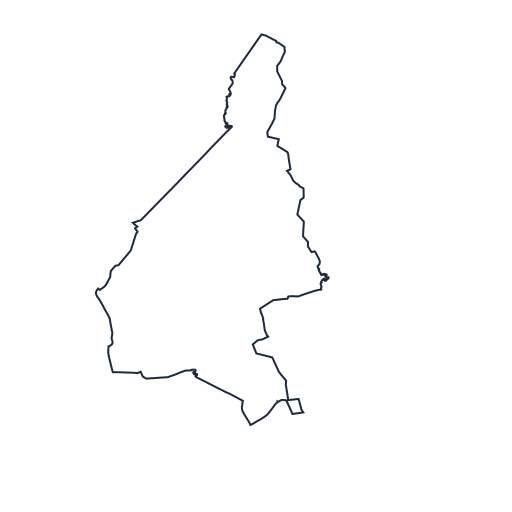 outline of Augstkalnes pag., Tervetes, Latvia, rotated 129°
{"feature_id": "27541924B87750651157185", "entity_name": "Augstkalnes pag.", "entity_type": "district", "adm_level": 2, "iso_a3": "LVA", "parent_name": "Latvia", "parent_adm1": "Tervetes", "projection": "mercator", "projection_center": [23.356, 56.418], "detail": "fine", "context": "isolated", "style": "outline", "palette": "slate", "viewbox_px": 512, "rotation_deg": 129, "n_neighbors": 0, "source": "geoboundaries", "source_scale": "gbopen_adm2", "svg_char_len": 5971}
<svg xmlns="http://www.w3.org/2000/svg" viewBox="0 0 512 512"><g transform="rotate(129 256 256)"><path d="M390.8,154.0L387.7,152.6L383.7,151.2L380.4,149.8L375.5,148.2L373.2,147.6L371.5,147.4L369.5,147.3L361.4,147.6L359.5,147.8L356.3,147.3L355.6,147.8L355.6,147.3L355.4,147.0L355.2,146.9L352.9,146.1L351.9,145.6L351.4,145.1L350.2,143.4L349.1,141.6L355.8,128.2L347.8,120.8L346.8,124.0L340.5,132.6L340.5,132.8L340.4,133.0L347.7,140.3L345.2,143.0L337.1,152.0L334.0,154.1L333.9,154.3L332.4,161.9L331.6,165.4L325.8,177.0L324.6,179.6L331.5,194.4L326.7,202.9L326.2,202.7L320.9,201.8L319.0,200.6L317.5,199.0L316.7,198.5L311.0,195.8L310.9,196.1L311.0,196.6L310.6,197.8L308.3,202.3L304.0,206.9L300.7,210.8L300.1,210.9L299.9,211.1L299.2,212.4L296.9,216.2L297.0,216.3L295.8,218.0L294.4,219.7L279.4,214.8L279.1,214.5L274.5,209.8L274.4,209.9L269.5,204.7L269.0,204.7L268.4,205.0L267.2,205.4L265.0,203.3L260.9,197.8L253.2,193.1L245.3,187.9L242.0,185.2L241.5,184.4L241.2,184.2L240.9,184.2L240.7,184.7L240.5,185.0L240.1,185.3L238.7,185.7L238.3,186.1L238.2,186.6L237.1,188.1L236.7,188.5L235.8,188.8L235.7,188.3L235.4,188.2L235.1,188.5L234.6,189.2L233.2,189.4L233.0,189.5L232.2,189.2L231.2,189.1L231.0,188.9L231.6,188.4L231.9,188.1L232.0,187.9L231.9,187.8L231.7,187.7L231.5,187.8L231.3,188.1L231.2,188.1L231.5,187.7L231.8,186.8L231.6,186.4L231.2,186.2L230.7,186.0L230.4,186.1L230.4,186.6L230.3,187.0L230.2,187.1L229.8,186.6L229.3,186.5L229.2,186.0L229.0,185.8L228.6,185.7L227.9,185.7L227.4,185.8L227.1,186.0L226.9,186.2L227.0,186.4L227.2,186.7L228.3,187.2L228.5,187.5L228.5,187.8L228.0,189.5L227.9,189.6L227.8,189.2L227.7,189.0L226.7,188.9L226.1,189.2L226.0,189.6L226.0,189.8L226.2,190.3L226.3,190.4L227.0,190.6L227.7,190.5L227.9,190.6L227.9,190.8L227.5,191.3L227.1,191.3L226.9,191.7L227.0,191.8L228.4,192.5L228.5,192.9L229.0,192.7L229.3,192.8L229.5,192.9L229.6,193.5L229.5,194.0L229.1,194.3L228.8,195.2L228.5,195.5L228.6,196.1L228.2,196.5L228.1,196.8L228.1,197.2L227.8,197.5L227.6,198.4L227.4,198.5L227.1,198.4L226.7,198.4L226.4,198.6L226.3,198.8L226.4,199.2L226.4,199.7L225.8,200.6L225.7,200.8L225.6,201.5L224.9,201.7L222.3,201.6L220.2,202.8L220.0,203.0L218.6,205.3L215.9,211.8L215.8,212.1L215.6,212.5L215.5,212.9L215.6,213.5L218.0,215.2L218.0,215.4L216.0,221.4L215.8,221.7L212.6,224.2L212.4,224.4L211.1,231.8L206.9,234.9L199.5,240.2L199.2,240.5L199.0,241.5L197.9,249.3L197.8,249.8L197.5,250.1L184.5,256.7L181.2,255.8L180.8,255.8L180.2,256.0L173.7,261.5L173.6,262.0L173.7,262.5L174.4,265.8L173.9,267.7L174.3,270.5L174.1,274.1L174.0,274.5L171.5,279.9L170.7,283.5L170.5,284.3L170.3,285.5L166.9,283.8L160.8,290.7L156.5,295.2L155.5,297.0L157.0,308.7L150.9,311.8L155.8,321.9L152.6,325.2L143.4,326.8L137.6,328.1L135.8,329.4L131.2,332.6L126.3,335.2L122.9,335.8L120.8,335.8L117.7,336.3L107.0,338.7L106.6,340.0L106.2,343.5L103.6,346.0L99.2,355.7L94.9,359.2L89.5,359.3L85.3,360.5L79.3,362.1L78.9,362.2L76.7,364.6L76.1,364.9L75.6,365.5L76.2,372.8L77.1,374.6L76.2,375.5L78.5,386.8L78.6,387.2L80.3,391.2L127.6,387.8L127.6,387.5L127.7,387.2L128.1,387.2L128.2,386.6L128.3,386.5L129.5,385.9L131.0,385.6L131.3,385.9L131.4,386.8L131.6,386.9L131.9,387.7L132.6,388.1L133.2,388.1L133.5,387.9L134.3,386.6L134.5,386.2L134.3,385.4L134.4,384.8L136.2,382.9L137.6,382.6L139.1,382.6L141.2,382.4L143.1,382.4L143.4,382.2L143.6,381.8L143.9,380.6L144.3,380.0L144.7,379.1L145.3,378.3L145.5,377.9L145.8,377.7L146.3,377.5L146.5,377.6L146.5,378.1L146.5,378.4L146.8,378.6L147.1,378.7L147.4,378.2L147.3,377.9L147.1,377.5L147.1,377.3L147.3,377.1L148.8,377.4L149.7,378.3L150.2,379.0L150.5,379.1L151.0,379.0L151.2,378.8L151.8,377.7L152.1,377.4L152.5,377.2L153.3,377.2L153.6,377.0L153.9,376.6L154.3,376.3L154.6,375.1L155.3,374.9L156.0,374.3L156.4,374.3L156.6,374.2L156.9,373.2L157.6,373.0L157.6,372.9L157.4,372.5L157.8,372.0L158.1,372.0L158.6,372.5L158.8,372.5L158.9,372.4L158.9,372.2L158.6,371.9L158.8,371.7L159.7,372.0L160.5,371.5L161.6,371.6L162.0,371.4L163.6,370.3L164.1,369.3L164.2,369.2L164.6,369.2L164.8,369.7L164.9,369.8L165.2,369.7L165.9,369.2L166.2,369.2L166.8,369.4L167.2,369.3L169.7,366.4L170.6,365.8L170.8,365.3L170.9,364.4L171.1,363.9L171.7,363.6L172.0,363.1L172.2,362.0L172.2,361.8L172.0,361.7L171.6,362.0L171.2,362.1L170.9,361.8L171.8,361.1L172.2,360.5L172.7,360.5L173.9,360.9L174.5,361.5L174.8,361.3L174.7,360.3L174.9,359.5L174.9,359.3L174.7,359.2L174.2,359.3L173.5,359.0L173.4,358.7L173.5,358.1L173.3,357.8L173.1,357.9L172.7,358.5L172.3,358.9L172.0,359.1L171.8,359.0L171.3,358.1L170.6,357.3L170.4,356.9L170.4,356.4L170.7,356.1L173.4,356.3L177.5,356.9L201.4,359.1L206.9,359.4L246.7,363.0L246.8,362.9L265.2,364.7L300.5,368.0L306.8,372.0L307.6,372.6L307.9,369.0L307.8,366.7L310.6,367.4L310.8,367.3L311.5,363.8L311.6,363.4L311.9,363.2L312.3,363.1L313.8,363.3L314.2,363.2L330.5,356.8L349.7,357.1L352.0,359.1L352.4,359.2L358.8,359.4L359.0,359.4L361.3,358.0L364.1,356.1L369.9,355.0L370.0,354.8L372.9,354.5L375.1,354.5L380.6,356.0L380.6,358.2L383.3,358.1L385.7,357.1L387.3,354.4L387.8,352.9L388.1,351.4L389.3,348.0L390.9,343.9L392.5,340.3L394.9,334.1L396.4,330.7L402.9,323.2L406.2,319.2L408.4,317.8L410.6,316.7L412.9,313.7L413.8,312.7L415.3,312.4L419.4,313.4L419.4,313.5L423.8,310.3L426.7,307.1L434.7,296.6L436.4,294.2L432.8,289.6L424.1,278.1L422.0,275.1L421.9,274.5L418.6,272.9L420.9,268.1L420.4,264.5L420.3,264.1L418.1,261.7L406.6,249.3L406.5,249.0L406.0,248.5L398.0,243.6L393.8,241.4L389.3,238.6L385.7,234.4L385.2,234.2L384.9,234.4L384.0,233.5L383.5,232.7L382.8,232.1L382.7,231.6L382.9,231.1L383.0,230.8L383.6,230.5L384.7,230.3L385.3,229.8L385.7,229.9L385.7,230.0L385.5,231.2L385.5,231.5L386.0,231.5L386.6,230.6L386.8,230.0L386.8,229.8L386.5,229.6L386.3,229.3L386.3,229.0L386.1,228.4L385.8,228.2L385.3,228.2L385.1,228.0L384.9,227.7L384.9,227.4L385.2,227.1L385.6,226.9L386.7,227.2L387.4,227.6L387.6,227.5L387.7,226.2L387.5,225.1L386.1,218.6L382.7,202.6L380.3,191.7L379.8,190.5L376.8,175.1L382.9,171.5L385.0,169.0L385.5,167.6L385.9,166.9L389.7,156.2L390.8,154.0Z" fill="none" stroke="#1e293b" stroke-width="2"/></g></svg>